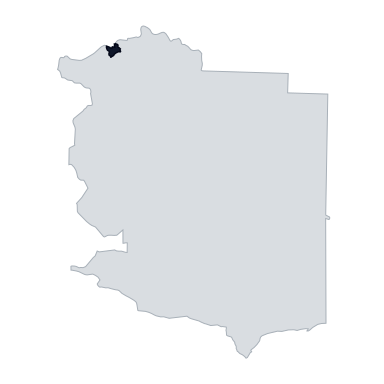 Um Dukhun, Central Darfur, Sudan shown in context, rotated 92°
{"feature_id": "16777658B96624341658613", "entity_name": "Um Dukhun", "entity_type": "district", "adm_level": 2, "iso_a3": "SDN", "parent_name": "Sudan", "parent_adm1": "Central Darfur", "projection": "albers", "projection_center": [23.084, 11.374], "detail": "fine", "context": "in_parent", "style": "filled", "palette": "ink", "viewbox_px": 384, "rotation_deg": 92, "n_neighbors": 0, "source": "geoboundaries", "source_scale": "gbopen_adm2", "svg_char_len": 4560}
<svg xmlns="http://www.w3.org/2000/svg" viewBox="0 0 384 384"><g transform="rotate(92 192 192)"><path d="M274.3,310.2L270.5,310.4L270.1,309.5L270.1,307.0L270.4,305.2L271.7,302.2L271.3,300.6L271.4,298.2L270.3,295.7L261.1,288.5L259.2,286.5L254.3,284.7L255.1,282.6L252.6,267.2L253.5,265.4L253.7,262.7L253.6,260.3L254.6,256.3L254.7,254.7L245.1,254.9L245.1,256.6L245.6,258.5L245.6,259.2L232.3,259.7L237.8,265.6L238.1,268.2L238.0,271.5L238.1,273.7L238.4,275.0L239.9,277.7L239.9,278.2L239.6,278.9L230.4,287.2L228.9,291.0L227.7,293.0L225.1,296.4L216.7,305.2L215.3,305.9L208.7,306.3L208.0,306.6L207.5,307.0L207.3,306.9L201.5,302.0L191.8,296.1L185.7,299.4L184.0,300.6L184.0,303.6L183.1,305.1L181.4,306.7L176.8,307.9L174.4,308.8L171.6,310.5L168.8,313.3L168.6,314.8L169.0,316.0L152.9,316.3L151.8,315.3L149.4,310.8L147.8,311.1L133.2,310.8L131.1,311.3L127.0,313.2L124.9,313.5L122.7,312.7L114.9,303.8L113.2,302.7L111.5,300.6L109.8,299.7L109.3,299.0L109.1,298.1L109.1,296.1L108.6,294.9L107.3,294.6L97.1,296.8L95.6,296.5L93.4,296.9L92.7,297.3L91.8,298.5L91.7,301.0L91.4,302.2L90.7,303.5L87.7,306.6L87.1,307.9L87.2,311.3L87.1,313.0L86.6,313.8L85.3,315.1L84.9,315.8L84.4,320.1L82.8,322.7L82.4,323.6L82.3,325.5L82.1,326.1L77.4,327.6L75.7,328.5L74.6,330.0L74.3,330.6L72.3,330.1L69.8,329.7L64.9,329.3L62.9,328.6L62.0,327.6L62.3,325.0L61.8,324.4L61.0,324.0L60.5,322.8L60.6,321.5L63.2,318.5L63.7,316.9L64.4,309.3L64.2,307.0L62.1,302.8L57.4,295.5L56.3,294.1L50.4,288.1L49.8,287.2L48.4,284.7L49.9,279.1L50.0,277.6L49.6,276.0L48.1,274.8L46.8,274.7L45.1,273.2L44.0,272.5L43.0,271.2L42.3,269.3L42.8,262.8L42.5,261.9L41.0,261.7L40.6,261.2L40.7,260.0L39.9,256.2L39.0,253.1L39.5,251.4L38.3,249.1L35.9,248.1L31.3,248.9L29.8,248.7L28.8,248.3L28.1,247.4L27.8,246.4L28.1,244.9L29.4,242.1L31.1,239.8L34.4,237.8L35.3,236.7L35.8,235.4L35.9,234.0L35.7,232.5L35.3,231.2L34.4,229.4L33.5,227.3L33.4,225.8L33.9,224.8L34.8,223.6L38.1,221.2L41.5,219.2L42.0,218.5L41.8,217.6L40.3,216.0L39.8,212.8L38.9,210.6L40.7,208.9L41.9,208.3L43.9,207.8L44.7,207.1L44.9,205.7L44.8,204.4L45.5,203.5L46.5,201.4L47.3,200.5L49.8,198.1L50.4,196.6L50.6,195.1L49.9,190.6L51.4,188.7L53.3,187.1L56.0,187.2L60.2,186.9L63.1,186.2L65.1,186.2L69.8,187.1L70.3,186.7L70.6,185.5L70.2,100.0L89.4,99.9L89.6,99.8L89.4,59.7L209.4,57.6L210.4,57.5L212.2,53.7L213.0,53.4L214.2,53.6L214.7,54.4L213.8,57.5L318.5,53.5L318.9,58.0L319.9,61.7L323.2,66.7L325.8,69.4L326.8,70.9L326.9,71.7L326.8,72.3L326.0,71.6L324.7,71.1L324.6,73.6L325.5,78.6L326.7,82.1L326.1,85.4L326.5,90.9L328.2,97.4L328.1,101.7L330.8,111.5L333.2,116.9L334.4,118.2L335.8,118.8L338.3,119.2L342.2,121.8L345.3,124.6L346.5,126.1L348.0,127.7L349.0,127.3L349.6,126.8L350.6,128.2L355.5,130.9L356.2,132.2L354.6,133.6L352.8,136.1L351.9,138.3L351.4,139.0L350.0,140.4L349.7,141.1L349.1,141.5L348.3,141.6L346.8,142.4L345.3,142.3L343.9,142.8L343.3,143.3L342.2,143.8L340.6,144.1L338.3,146.1L336.2,147.1L335.5,147.8L334.5,151.5L333.8,152.5L330.6,152.8L329.1,153.2L326.9,152.9L325.9,153.0L325.7,153.8L325.4,156.9L325.6,158.2L323.9,161.9L324.8,168.6L323.3,173.6L323.1,174.8L321.5,178.8L320.7,180.3L318.8,187.9L318.0,190.2L316.3,192.7L319.0,210.4L317.7,215.9L317.9,218.9L317.0,223.4L316.2,225.4L314.9,228.0L313.8,230.8L312.9,234.4L312.5,241.3L312.2,242.0L306.5,243.1L304.7,243.6L303.6,244.4L302.2,246.3L299.5,251.2L298.1,254.2L295.8,258.4L293.1,261.4L292.6,262.8L292.3,265.4L291.4,269.6L290.6,272.5L290.8,274.9L290.1,279.0L290.3,280.9L289.4,282.1L288.1,283.2L287.2,283.5L283.1,280.9L280.4,282.9L278.7,285.6L277.5,288.3L278.5,293.9L278.4,295.2L278.1,296.5L275.6,302.2L275.0,304.7L274.3,309.2L274.3,310.2Z" fill="#d9dde1" stroke="#a8b0b8" stroke-width="1"/><path d="M46.5,273.6L46.9,274.0L46.9,274.7L47.3,274.6L47.7,274.5L50.0,274.3L49.9,275.6L49.8,276.5L50.0,276.5L50.3,276.7L50.5,276.7L50.8,276.9L50.8,277.0L50.9,277.9L50.9,278.2L50.9,278.6L50.7,279.1L50.5,279.4L50.2,279.9L50.0,280.4L49.7,281.0L49.3,282.5L49.8,282.5L50.1,282.5L50.7,282.5L51.3,282.3L51.6,282.2L52.0,282.0L52.4,281.9L52.8,281.7L53.0,281.5L53.3,281.3L53.5,281.0L53.7,280.7L53.8,280.5L53.9,280.4L54.0,280.2L54.2,279.8L54.4,279.6L54.8,279.4L55.3,279.5L56.2,279.8L56.6,279.8L57.1,279.8L57.9,279.7L58.3,279.4L58.5,279.2L58.7,278.8L58.8,278.5L58.9,278.3L59.0,278.0L59.3,277.9L59.9,277.8L60.1,277.8L60.1,277.7L59.9,277.4L59.7,277.2L59.2,276.6L59.1,276.3L58.2,275.0L57.5,274.9L56.6,274.0L55.6,272.9L55.3,272.1L54.9,271.6L54.4,270.7L54.4,268.5L54.0,268.3L52.2,269.0L51.5,268.6L50.4,269.9L50.0,270.7L49.4,271.2L47.9,271.1L47.4,271.4L47.0,272.0L46.7,273.0L46.6,273.5L46.5,273.6Z" fill="#0f172a" stroke="#020617" stroke-width="1.5"/></g></svg>